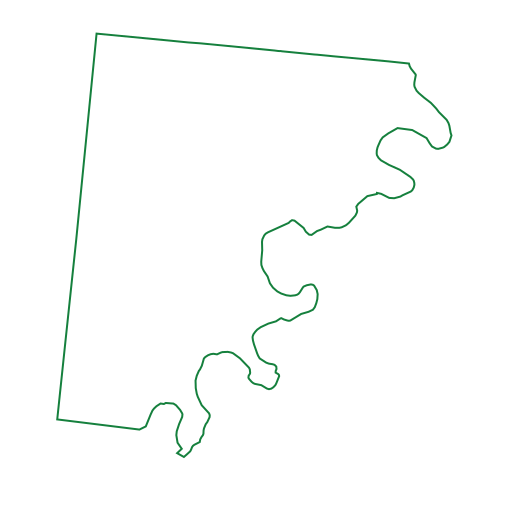 Mississippi, Arkansas, United States of America (Mercator projection), rotated 6°
{"feature_id": "52423323B91490874625057", "entity_name": "Mississippi", "entity_type": "district", "adm_level": 2, "iso_a3": "USA", "parent_name": "United States of America", "parent_adm1": "Arkansas", "projection": "mercator", "projection_center": [-89.907, 35.702], "detail": "fine", "context": "isolated", "style": "outline", "palette": "green", "viewbox_px": 512, "rotation_deg": 6, "n_neighbors": 0, "source": "geoboundaries", "source_scale": "gbopen_adm2", "svg_char_len": 3101}
<svg xmlns="http://www.w3.org/2000/svg" viewBox="0 0 512 512"><g transform="rotate(6 256 256)"><path d="M260.2,49.7L259.3,49.6L256.9,49.8L252.8,49.7L178.7,50.3L166.0,50.7L165.4,50.7L147.7,50.8L74.3,51.5L74.2,51.5L75.5,258.0L75.4,364.0L75.4,369.9L75.4,439.3L158.2,440.8L164.2,437.0L167.8,424.6L169.2,420.5L170.5,418.4L172.7,415.8L176.5,412.7L179.9,412.8L181.6,411.6L189.3,411.4L192.1,412.8L196.6,417.0L199.0,420.2L199.4,421.1L199.4,423.8L197.1,431.2L195.5,438.6L195.5,442.5L197.5,449.9L202.3,455.5L198.2,460.3L205.3,463.4L208.0,460.5L211.0,457.1L211.7,455.3L212.4,452.7L213.2,451.3L214.4,450.2L219.5,446.9L219.7,444.2L220.8,441.6L221.9,439.8L222.3,438.3L222.1,435.0L222.3,432.9L223.6,428.5L224.9,426.3L226.7,421.1L226.6,419.1L225.8,417.4L217.6,410.1L212.8,402.1L211.5,399.2L209.9,393.7L208.9,386.2L209.6,381.3L211.2,376.2L212.1,374.8L213.6,370.8L214.9,363.4L216.1,361.8L218.7,359.7L221.2,358.4L223.8,357.7L227.5,357.9L231.0,355.8L232.6,355.1L237.9,354.3L241.3,354.6L243.3,355.1L250.7,359.4L260.7,367.8L261.7,369.4L262.4,372.8L262.3,373.7L261.2,375.9L261.2,377.9L262.0,379.0L264.8,381.6L266.7,382.8L268.3,383.3L274.8,383.9L280.7,386.7L282.8,387.1L285.1,386.3L287.0,384.7L288.7,382.5L289.4,380.8L291.6,373.1L291.3,372.0L290.6,371.2L288.8,370.4L288.6,370.3L287.7,369.9L287.6,368.3L288.2,366.2L287.7,363.8L285.8,362.3L283.9,361.9L280.1,361.7L277.3,361.0L270.4,357.5L268.5,354.9L267.3,352.7L263.2,344.0L261.8,340.3L261.1,337.4L261.1,336.2L261.7,334.0L263.2,331.4L264.9,329.1L268.1,326.3L275.4,321.9L282.7,318.9L286.9,315.5L287.7,315.2L290.4,316.2L293.9,316.9L295.5,317.0L296.9,316.6L307.0,308.9L314.1,306.0L318.2,303.5L319.8,300.8L320.9,296.6L321.5,292.5L321.3,287.5L320.0,283.6L316.9,279.4L315.6,278.7L313.6,278.5L309.5,279.8L306.6,281.4L305.9,282.4L303.4,287.5L302.3,289.1L301.1,290.1L299.1,291.0L294.4,292.0L290.3,291.9L285.0,290.7L280.9,289.0L276.2,285.7L272.7,281.7L269.7,275.2L265.4,270.1L263.7,267.4L262.3,264.4L261.8,261.1L261.6,249.8L260.5,241.3L260.6,238.7L262.0,234.7L263.3,232.8L265.4,231.2L285.0,219.7L286.3,218.1L288.1,216.6L290.6,216.8L300.4,223.1L303.0,226.6L306.6,229.2L309.1,229.2L314.1,224.8L317.6,223.1L324.0,219.2L331.6,219.7L336.1,219.2L338.2,218.5L342.0,216.2L342.9,215.4L345.0,213.2L350.6,205.5L351.8,202.2L351.9,200.4L350.6,196.4L352.3,193.4L360.5,184.8L369.7,181.7L369.7,180.6L374.0,181.1L382.4,184.3L387.4,184.1L393.4,181.8L395.4,180.3L403.2,175.7L404.5,174.3L405.7,171.5L406.1,168.7L405.8,166.8L405.0,164.6L404.2,163.5L401.4,161.3L390.0,155.2L378.7,151.5L370.3,147.8L367.5,145.5L365.7,143.0L365.3,141.4L365.1,138.4L365.5,135.3L366.2,132.9L367.8,128.0L369.6,124.8L374.9,120.1L383.4,114.0L398.2,114.4L413.3,120.9L416.9,125.7L419.6,128.7L423.8,130.4L426.0,130.4L430.5,128.7L431.8,127.9L434.5,125.1L436.4,122.3L437.8,115.7L436.7,113.2L434.7,106.3L433.6,103.8L431.4,100.7L422.9,93.8L419.8,90.5L414.0,85.5L406.7,81.0L400.9,77.0L398.4,74.8L396.0,71.1L395.5,69.3L395.4,66.7L396.0,59.5L395.8,58.8L390.6,53.5L389.0,51.2L388.0,48.6L385.4,48.6L367.1,48.6L311.2,49.3L308.1,49.3L307.8,49.3L307.5,49.3L295.7,49.4L293.1,49.5L260.2,49.7Z" fill="none" stroke="#15803d" stroke-width="2"/></g></svg>